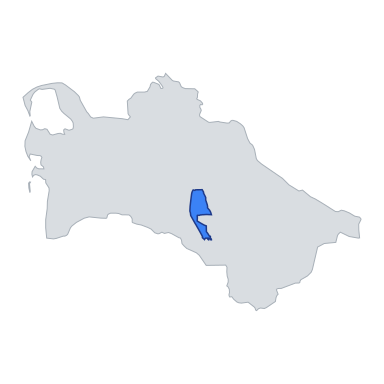 Babadayhan, Ahal, Turkmenistan shown in context
{"feature_id": "10190150B42989304972975", "entity_name": "Babadayhan", "entity_type": "district", "adm_level": 2, "iso_a3": "TKM", "parent_name": "Turkmenistan", "parent_adm1": "Ahal", "projection": "albers", "projection_center": [60.205, 38.26], "detail": "fine", "context": "in_parent", "style": "filled", "palette": "blue", "viewbox_px": 384, "rotation_deg": 0, "n_neighbors": 0, "source": "geoboundaries", "source_scale": "gbopen_adm2", "svg_char_len": 4736}
<svg xmlns="http://www.w3.org/2000/svg" viewBox="0 0 384 384"><path d="M103.5,116.9L122.2,118.7L127.9,119.7L130.3,117.0L130.2,116.4L129.4,115.8L128.1,113.8L127.3,101.1L128.9,99.4L130.9,98.1L133.7,94.2L135.1,93.1L137.3,92.1L144.4,92.1L147.3,91.4L150.0,86.9L150.6,84.3L152.5,82.2L153.6,82.3L158.4,84.2L159.4,85.1L160.9,88.5L162.7,88.3L163.0,87.7L162.8,87.0L161.5,84.9L158.6,81.1L155.7,78.7L155.5,77.9L158.0,76.1L163.0,77.0L164.3,76.4L165.6,73.4L172.2,80.3L173.4,81.0L178.7,81.9L179.6,82.9L181.3,86.8L183.1,87.8L185.3,88.6L194.8,88.8L197.7,91.4L198.2,92.0L197.6,93.9L197.4,97.4L196.7,98.8L197.2,99.4L200.5,100.9L202.5,103.2L202.7,104.1L202.1,104.8L200.6,104.5L199.8,105.5L199.8,107.3L200.9,109.1L201.2,110.6L199.6,114.3L199.6,115.8L200.1,116.7L208.7,122.3L210.1,122.4L218.4,121.4L219.9,122.0L227.2,123.1L229.3,122.9L230.6,121.1L231.9,120.4L233.2,120.4L236.7,121.4L240.4,123.8L242.8,125.9L244.1,127.8L247.6,138.6L249.9,143.0L252.6,145.2L254.5,149.4L256.3,158.6L257.4,160.5L261.5,164.0L282.5,178.4L289.0,184.9L298.9,191.0L302.5,190.1L310.4,196.7L315.3,199.0L321.8,202.9L335.4,211.5L338.3,211.7L341.3,210.2L344.2,210.8L349.3,212.9L354.8,216.2L359.4,217.1L360.8,218.6L361.0,219.5L358.7,224.2L358.8,230.1L359.6,237.9L358.3,238.1L349.2,236.5L340.4,232.2L338.5,233.9L337.5,235.5L335.8,242.4L324.2,243.5L317.6,247.1L312.4,269.4L311.2,272.2L307.5,275.9L300.9,279.7L300.0,281.2L299.8,282.5L299.0,283.0L295.3,283.1L281.3,288.4L278.1,288.5L276.9,289.0L276.4,289.8L278.1,294.2L276.9,295.5L276.0,297.7L275.4,301.5L266.2,307.7L264.3,308.5L260.5,308.0L258.5,308.7L256.6,310.6L255.6,310.0L255.1,308.1L254.1,306.9L248.1,302.2L241.4,303.1L238.9,302.8L236.9,302.0L233.8,299.3L231.8,296.7L229.7,297.0L229.1,295.8L229.0,294.4L229.5,292.6L229.3,289.3L228.1,286.9L226.8,285.9L228.2,282.1L228.2,279.2L227.2,276.1L226.8,271.7L227.0,267.3L225.7,265.1L206.2,265.4L199.3,255.3L196.4,252.8L186.8,248.5L184.2,246.1L182.0,243.6L181.5,240.1L180.4,238.0L178.9,237.7L171.5,233.6L168.5,232.5L164.4,233.4L161.9,232.2L159.0,233.7L157.8,233.8L154.8,232.8L151.1,229.1L147.9,227.5L141.3,225.0L136.7,224.1L132.6,222.6L132.2,222.1L132.2,219.0L131.6,217.7L130.5,216.1L128.9,214.9L121.9,214.8L118.7,213.5L116.1,213.2L110.5,213.2L108.6,214.0L107.6,214.9L106.8,217.9L106.1,218.3L100.7,218.1L89.1,216.9L84.2,218.2L76.4,222.4L71.9,226.0L70.5,227.7L67.6,234.4L66.4,235.4L64.9,236.1L63.3,236.1L56.3,238.4L53.5,238.9L46.7,238.1L45.7,227.8L45.7,219.7L47.2,208.6L47.4,201.4L49.2,190.6L49.0,187.9L45.8,182.9L45.6,179.6L43.5,179.2L40.3,176.2L37.0,174.8L35.3,174.6L33.7,175.3L32.5,176.9L31.9,174.3L32.1,171.6L35.2,166.3L36.7,168.0L38.7,168.8L43.9,168.9L43.5,166.9L41.0,164.8L40.7,162.3L41.1,159.8L41.9,157.4L41.2,156.3L40.1,155.6L37.3,155.5L30.2,154.0L29.1,156.8L30.8,160.8L27.8,156.2L26.0,151.6L24.9,146.4L25.1,140.8L28.6,132.1L31.7,121.3L34.1,126.1L35.9,128.3L40.3,129.9L42.4,129.8L44.8,128.7L47.0,129.3L50.2,134.3L52.7,135.0L58.0,133.5L60.4,133.3L62.5,134.2L64.7,134.4L63.9,132.1L63.7,129.9L65.0,128.8L69.0,130.3L72.4,129.2L73.0,128.7L73.4,126.9L73.2,123.1L72.5,121.5L70.8,119.1L63.9,113.4L61.6,111.1L59.8,108.3L57.2,97.2L55.2,90.1L54.3,89.2L50.1,88.3L42.1,89.4L39.4,88.8L38.0,89.5L34.6,92.2L32.9,94.5L30.3,100.1L31.8,102.1L29.8,111.6L30.2,115.8L29.9,116.1L27.9,110.7L25.1,105.4L23.0,97.3L28.2,92.6L32.5,89.3L37.0,87.0L41.6,85.5L51.9,83.4L57.5,82.8L62.0,82.9L65.4,84.9L74.4,91.7L78.3,95.5L79.4,97.0L80.3,100.4L86.7,111.8L88.2,113.4L90.7,117.0L93.3,118.2L103.5,116.9ZM30.2,191.2L29.9,192.6L28.9,188.1L28.6,183.2L29.6,181.9L30.5,182.1L29.5,183.7L30.2,191.2Z" fill="#d9dde1" stroke="#a8b0b8" stroke-width="1"/><path d="M206.2,201.4L205.7,200.2L205.7,199.3L205.7,199.2L205.7,197.5L205.3,196.6L205.2,196.4L205.1,196.2L203.5,193.0L203.6,192.2L202.2,189.7L195.6,189.8L195.0,190.3L194.9,190.4L193.7,190.0L193.1,190.0L192.4,191.3L191.9,192.6L191.6,193.9L190.8,200.3L190.3,204.7L190.1,206.4L189.9,210.7L189.9,211.1L190.2,212.3L190.4,212.7L190.5,213.8L190.7,215.5L195.2,223.6L195.8,224.5L200.1,232.1L201.9,235.4L202.4,236.3L202.4,237.7L203.2,238.4L203.4,238.4L203.5,238.6L204.5,239.6L205.0,238.7L205.5,238.2L207.3,238.1L207.6,238.7L208.0,239.4L208.5,239.7L208.6,238.4L208.7,238.2L209.1,238.4L209.8,238.5L210.0,239.0L210.4,239.7L211.4,239.8L211.4,239.3L211.3,239.1L210.8,238.5L210.7,238.2L210.2,237.5L210.4,236.4L210.2,236.2L209.4,236.1L208.6,234.8L207.6,233.2L206.4,231.7L206.3,225.9L205.3,225.5L204.4,225.2L200.8,223.2L197.2,221.0L197.2,219.6L197.3,219.1L197.3,218.6L197.4,218.0L197.2,216.4L197.3,215.9L197.3,215.4L197.5,215.3L199.1,215.4L199.7,215.2L200.3,214.9L201.2,214.9L202.3,214.7L203.3,214.7L206.2,214.5L206.7,214.5L206.8,214.5L211.4,214.7L210.6,212.1L209.8,210.6L209.7,210.4L207.5,207.8L207.6,206.7L207.3,204.9L206.2,201.5L206.2,201.4Z" fill="#3b82f6" stroke="#1e3a8a" stroke-width="1.5"/></svg>